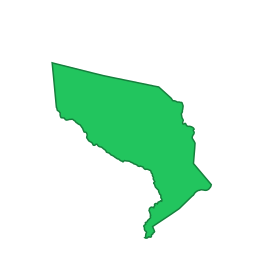 Macururé, Bahia, Brazil, rotated 320°
{"feature_id": "56859067B85314842417377", "entity_name": "Macururé", "entity_type": "district", "adm_level": 2, "iso_a3": "BRA", "parent_name": "Brazil", "parent_adm1": "Bahia", "projection": "robinson", "projection_center": [-38.956, -9.263], "detail": "fine", "context": "isolated", "style": "filled", "palette": "green", "viewbox_px": 256, "rotation_deg": 320, "n_neighbors": 0, "source": "geoboundaries", "source_scale": "gbopen_adm2", "svg_char_len": 4162}
<svg xmlns="http://www.w3.org/2000/svg" viewBox="0 0 256 256"><g transform="rotate(320 128 128)"><path d="M155.4,224.9L155.4,222.8L155.3,197.3L162.0,190.5L165.7,186.8L169.6,182.7L169.9,181.6L170.1,180.7L170.3,179.4L170.4,178.5L170.5,177.8L170.8,176.9L171.4,176.2L172.2,175.7L173.1,175.3L173.7,175.1L174.6,174.9L175.7,174.1L176.1,173.3L176.2,172.5L176.5,171.7L177.2,171.4L177.9,171.4L178.1,170.5L178.0,169.5L177.5,168.1L176.9,167.1L176.2,166.2L175.6,165.8L174.8,165.0L174.5,164.1L174.6,162.8L174.9,161.9L174.7,161.1L173.8,161.0L173.0,160.6L172.7,160.0L173.2,159.1L173.9,158.5L174.6,158.0L175.3,157.6L175.6,156.7L175.8,155.6L176.0,154.8L176.5,153.9L177.2,152.7L177.7,151.8L178.4,151.1L179.2,151.0L180.1,150.5L180.8,149.7L181.3,149.2L182.1,148.7L182.8,148.0L183.6,147.3L184.4,146.5L184.8,145.5L185.3,144.2L185.6,143.2L185.2,142.5L184.5,142.0L184.0,141.1L183.3,140.5L182.6,140.1L182.2,139.1L181.6,137.8L180.9,136.8L180.0,136.1L179.9,134.8L180.1,133.9L180.2,133.0L177.9,116.3L174.3,111.9L173.4,110.6L172.2,109.2L147.3,77.8L146.7,77.0L142.6,71.8L141.9,70.8L136.3,63.2L112.9,30.9L111.8,29.3L103.8,41.0L89.5,61.7L86.4,66.2L86.3,67.0L85.9,67.8L85.3,68.7L85.3,69.5L85.7,70.3L85.8,71.3L85.7,72.8L85.3,73.4L84.7,74.0L84.1,74.9L83.6,76.0L83.4,77.1L84.0,77.8L84.7,78.4L85.5,79.4L85.5,80.4L85.4,81.3L85.8,82.2L86.6,82.8L87.6,83.3L88.7,83.8L89.7,84.6L90.8,85.3L91.3,86.0L91.5,87.3L91.9,88.7L91.8,89.8L91.9,90.8L92.2,91.5L92.4,92.7L92.8,93.8L93.3,94.6L93.3,95.8L93.2,96.8L93.1,97.6L93.1,98.6L92.7,100.1L92.4,100.8L92.2,101.6L91.8,102.7L92.2,103.4L92.9,103.9L93.1,104.9L92.7,106.2L92.4,106.9L91.8,107.5L90.8,108.2L90.1,108.9L90.0,110.0L89.9,111.3L89.7,112.0L89.8,113.1L90.3,114.3L90.7,115.4L90.9,116.7L90.6,117.8L90.4,118.8L90.9,119.5L91.6,119.9L92.9,119.8L93.8,120.6L93.7,121.9L93.7,122.8L93.9,123.5L94.5,124.5L95.0,125.1L95.5,125.7L95.6,126.7L95.8,127.6L96.0,128.9L96.3,129.6L96.4,130.7L96.3,131.7L96.0,132.6L96.4,133.4L96.8,134.0L97.2,134.7L97.6,135.6L97.6,136.5L97.6,137.4L98.4,139.1L98.8,140.0L99.0,140.7L99.2,141.9L99.5,142.7L99.7,143.6L100.1,144.9L100.9,145.7L101.0,146.9L101.2,147.6L101.4,148.4L101.8,149.2L102.3,149.8L102.4,150.7L103.3,150.7L104.4,150.7L104.9,151.4L105.6,152.2L106.6,153.2L107.1,153.7L107.7,154.4L108.1,155.6L108.4,156.5L109.1,157.5L109.4,159.1L110.0,160.0L110.6,161.0L111.1,161.9L111.0,163.0L111.5,164.1L112.2,164.9L113.0,165.1L113.5,166.0L113.9,166.6L114.4,167.3L114.2,168.3L114.3,169.1L114.3,169.9L114.6,170.8L115.4,171.2L116.3,172.1L116.9,172.9L117.2,173.8L117.8,174.8L117.8,175.8L117.4,176.6L117.0,177.5L117.2,178.6L116.6,179.6L116.1,180.2L115.9,181.2L115.7,182.3L115.0,182.8L114.5,183.4L114.4,184.6L114.2,185.4L114.1,186.3L113.4,186.5L112.7,186.4L112.1,187.0L112.2,188.1L111.8,188.9L111.6,189.7L111.1,190.5L111.1,191.8L111.2,193.2L111.2,194.0L111.4,194.8L111.2,195.7L110.5,196.6L110.3,197.9L109.8,198.8L109.9,199.6L110.0,200.4L109.5,201.2L108.9,201.9L108.3,202.6L108.3,203.8L107.9,204.7L107.4,205.2L106.7,205.7L106.2,204.7L105.2,204.8L104.4,204.5L103.4,204.2L102.6,204.6L101.8,205.0L101.3,204.1L100.8,203.7L100.0,203.4L99.1,203.7L98.7,204.6L97.9,204.8L97.1,205.1L96.5,205.6L96.0,204.8L95.4,203.9L94.4,203.4L93.6,203.4L92.6,203.6L91.8,204.3L91.0,204.8L90.8,205.8L90.4,206.8L90.0,207.9L89.5,208.8L89.2,209.5L88.5,209.7L88.0,210.7L87.4,211.3L86.5,211.3L85.5,211.4L84.6,211.6L83.7,211.4L82.7,212.0L81.6,212.1L81.0,211.7L80.2,211.8L79.8,213.0L78.8,213.1L77.6,213.0L77.0,213.3L76.7,214.2L76.4,215.1L75.6,215.9L75.2,216.9L75.1,218.0L75.4,219.0L75.0,220.0L74.0,220.4L73.1,221.1L72.4,221.7L71.9,222.3L71.4,222.8L70.4,222.8L70.9,223.9L71.8,224.5L72.4,224.7L73.1,224.7L73.7,224.5L74.3,225.0L74.6,225.7L75.2,226.1L75.9,226.3L76.6,225.8L77.4,224.9L78.2,225.0L78.9,225.1L79.8,224.6L80.8,224.7L81.7,224.5L82.0,223.8L83.5,219.3L106.1,221.8L108.2,222.0L115.5,222.7L133.1,221.4L133.9,221.4L134.8,221.5L135.5,221.3L136.2,221.1L136.9,220.8L137.8,220.7L138.6,220.6L139.5,220.7L140.6,220.8L141.2,220.9L141.8,221.1L142.7,221.7L143.7,222.0L144.5,222.4L145.5,223.5L146.1,224.2L146.9,225.2L147.6,225.8L148.4,226.3L149.3,226.5L150.1,226.7L151.0,226.7L152.0,226.5L153.0,226.3L153.7,226.1L154.3,225.7L155.4,224.9Z" fill="#22c55e" stroke="#15803d" stroke-width="1.5"/></g></svg>